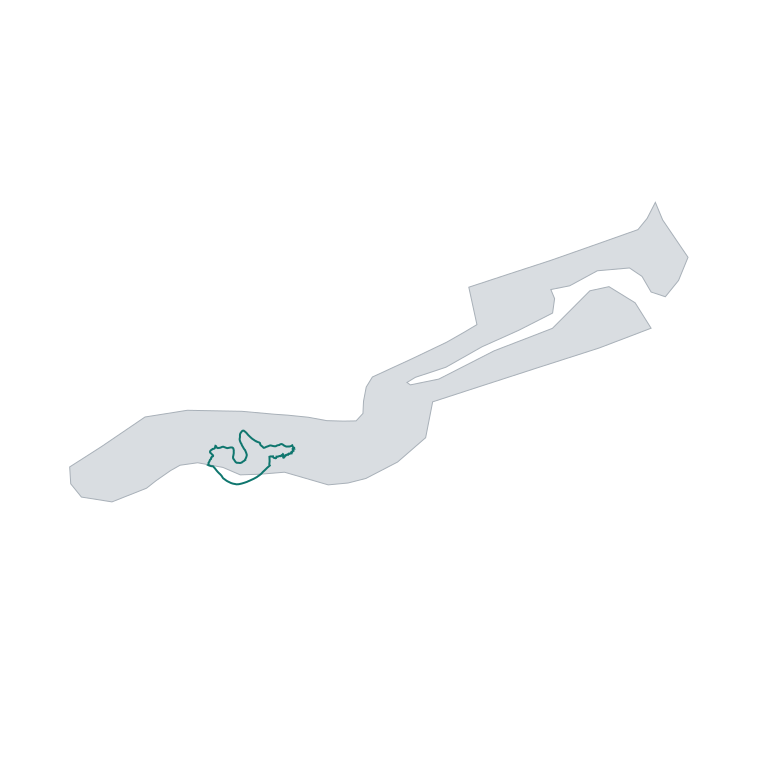 Sami, Central River, Gambia shown in context, rotated 161°
{"feature_id": "56634734B54242206420565", "entity_name": "Sami", "entity_type": "district", "adm_level": 2, "iso_a3": "GMB", "parent_name": "Gambia", "parent_adm1": "Central River", "projection": "orthographic", "projection_center": [-14.663, 13.545], "detail": "fine", "context": "in_parent", "style": "outline", "palette": "teal", "viewbox_px": 768, "rotation_deg": 161, "n_neighbors": 0, "source": "geoboundaries", "source_scale": "gbopen_adm2", "svg_char_len": 6593}
<svg xmlns="http://www.w3.org/2000/svg" viewBox="0 0 768 768"><g transform="rotate(161 384 384)"><path d="M113.3,349.8L168.8,348.0L236.1,349.4L309.3,350.7L343.8,351.3L362.1,319.7L396.6,305.8L431.8,300.6L450.2,302.1L469.6,306.8L506.8,333.0L530.0,338.9L549.5,344.9L563.5,357.6L585.8,370.2L603.3,373.6L613.7,371.7L631.0,366.8L642.4,362.8L679.6,361.1L706.9,375.6L712.7,391.6L708.2,407.9L671.5,416.8L620.7,430.6L578.6,423.2L527.4,404.5L497.5,391.1L485.0,385.8L466.4,377.2L450.1,368.0L434.4,362.1L422.4,358.2L413.5,363.0L409.0,374.3L401.8,386.9L392.7,394.4L349.8,398.7L311.3,403.1L290.6,407.0L276.8,409.9L272.3,447.9L228.6,447.3L185.8,446.6L141.4,446.9L93.6,447.3L81.3,454.9L68.3,467.4L67.1,448.3L55.3,404.8L71.8,386.0L89.6,374.9L101.5,384.0L105.0,401.7L114.1,413.8L145.4,421.6L176.5,416.4L195.5,419.0L194.9,409.2L201.5,396.2L239.2,390.9L279.1,387.3L320.1,379.7L352.1,380.1L361.8,378.0L359.4,374.6L330.6,370.8L269.2,379.5L206.6,381.8L159.0,405.1L139.6,402.8L120.1,379.0L113.3,349.8Z" fill="#d9dde1" stroke="#a8b0b8" stroke-width="1"/><path d="M490.7,355.9L491.0,355.9L491.7,355.6L492.0,355.6L493.0,355.6L493.4,355.7L493.9,355.7L494.9,356.1L495.1,356.1L495.6,356.3L496.2,356.5L496.6,356.6L497.0,356.9L497.3,357.1L497.9,357.7L498.2,358.1L498.7,358.5L498.9,358.9L499.1,359.3L499.4,359.6L499.8,360.1L500.0,360.3L500.4,360.5L500.5,360.6L500.9,360.7L501.2,360.7L501.8,360.7L502.4,360.6L502.9,360.4L503.4,360.5L504.1,360.6L505.2,360.7L505.5,360.6L505.9,360.6L506.4,360.4L507.0,360.5L507.8,360.8L508.3,361.1L508.7,361.2L509.1,361.5L509.6,361.8L510.8,362.6L511.0,362.7L511.5,362.9L512.1,363.0L512.4,363.0L513.6,362.9L515.7,362.9L515.9,362.9L517.3,362.7L517.7,362.7L518.4,362.8L518.6,362.9L518.9,363.4L519.0,363.7L519.3,364.4L519.6,364.9L519.9,365.1L520.0,365.4L520.5,366.4L520.6,366.6L520.7,367.0L520.7,367.4L520.6,367.6L520.5,368.1L520.5,368.3L520.6,368.6L520.6,368.8L520.8,369.0L521.0,369.2L521.1,369.4L521.7,369.8L522.3,370.3L522.6,370.6L522.9,370.8L523.3,371.3L523.5,371.3L523.8,371.8L524.6,372.6L525.4,373.8L526.3,374.9L527.4,376.8L527.7,377.4L528.1,378.1L528.4,378.8L528.7,379.3L529.2,380.4L529.3,380.7L529.5,381.2L529.8,382.1L530.3,383.1L530.5,383.5L530.9,384.2L531.2,384.6L531.8,385.5L532.0,385.5L532.5,385.8L533.1,385.8L533.4,385.7L533.8,385.5L534.0,385.4L534.7,384.9L535.6,384.3L536.2,383.7L536.6,383.1L536.8,382.6L537.1,381.9L537.2,381.5L537.3,381.2L537.4,380.8L538.3,379.2L538.5,378.7L538.6,378.3L538.7,377.5L538.7,376.1L538.6,375.0L538.5,374.2L538.3,373.8L538.3,373.4L538.3,372.5L538.1,371.4L538.0,370.8L537.8,370.2L537.6,368.7L537.3,367.7L536.9,366.8L536.9,366.3L536.8,365.5L536.7,363.6L536.8,361.8L536.9,361.4L537.4,360.6L537.8,360.0L538.1,359.6L539.3,358.3L540.0,357.7L540.0,357.4L540.3,357.4L540.5,357.2L540.8,357.1L541.3,356.9L543.4,356.4L543.9,356.1L544.4,356.1L545.4,356.1L545.9,356.2L547.8,357.1L548.2,357.2L548.5,357.3L548.9,357.6L549.0,357.6L549.2,357.9L549.4,358.1L549.5,358.2L549.6,358.3L549.7,358.6L549.9,359.1L549.9,359.4L550.0,359.7L550.2,360.2L550.4,361.4L550.6,361.7L550.6,361.9L550.8,362.4L550.8,363.1L550.8,363.3L550.7,363.5L550.5,364.0L550.3,364.6L550.0,365.0L549.5,365.8L549.1,366.6L548.9,366.9L548.6,367.5L548.4,368.0L548.2,368.8L547.8,369.7L547.6,370.4L547.6,371.0L547.5,371.4L547.5,372.0L547.5,372.3L547.6,372.6L547.9,373.0L548.1,373.3L548.6,373.5L549.2,373.8L549.9,374.0L551.1,374.1L553.2,374.4L553.4,374.6L554.1,375.1L554.8,375.7L555.8,376.5L556.4,377.0L556.7,377.1L557.3,377.2L558.1,377.2L558.9,377.1L560.1,377.1L561.2,377.4L561.5,377.4L562.0,377.5L562.3,377.8L562.7,378.2L562.8,378.6L563.0,379.0L563.0,379.5L563.1,380.0L563.3,380.2L563.4,380.3L563.5,380.4L563.8,380.0L563.9,379.9L564.0,379.7L564.4,379.1L564.5,378.7L565.3,378.2L565.6,378.2L565.9,378.2L566.1,378.2L566.7,378.3L566.7,378.2L567.3,378.2L567.6,378.1L568.2,378.0L568.4,378.0L569.2,377.7L569.6,377.5L570.1,377.2L570.4,376.9L570.6,376.3L570.6,376.1L570.7,375.9L570.6,375.5L570.1,374.7L569.8,374.2L569.7,373.8L569.6,373.5L569.4,373.1L569.3,372.8L569.2,372.8L569.0,372.5L568.9,372.3L568.9,371.9L569.1,371.5L569.6,371.3L570.0,371.2L570.7,371.1L571.1,370.8L571.6,370.3L571.6,370.0L571.7,369.7L572.0,369.4L572.3,369.3L572.9,369.1L573.2,368.9L573.5,368.7L573.7,368.4L574.2,367.7L574.5,367.4L575.2,366.9L575.6,366.6L575.7,366.4L575.9,365.3L576.0,365.0L576.4,364.8L576.7,364.7L576.3,364.3L575.8,363.8L574.5,362.9L574.2,362.6L573.0,362.1L572.6,361.9L572.2,361.5L572.0,360.7L571.7,360.2L571.2,358.9L570.4,356.5L570.1,355.8L569.8,355.0L569.5,354.4L568.8,352.9L568.4,352.3L568.2,351.8L567.8,350.9L567.6,350.4L567.4,349.8L567.2,348.8L566.8,347.3L566.6,346.9L566.3,346.6L564.3,343.7L563.3,342.6L561.9,341.2L560.9,340.2L559.3,339.0L557.0,337.7L556.7,337.5L556.4,337.3L555.9,337.1L554.6,336.7L553.0,336.4L552.7,336.4L550.9,336.2L548.2,336.1L545.3,336.1L543.7,336.3L542.9,336.3L538.0,336.8L534.5,337.4L533.3,337.8L531.2,338.4L529.8,338.9L528.5,339.5L527.3,340.2L524.4,341.5L521.5,342.9L520.5,343.3L520.4,343.3L520.2,343.4L519.5,343.7L518.5,344.1L518.6,344.8L518.6,345.4L517.3,348.2L516.0,352.5L514.4,352.4L514.0,352.1L513.5,351.8L513.2,351.8L512.6,351.8L512.6,351.2L512.5,350.8L512.4,350.4L512.2,350.1L511.9,349.9L510.7,349.1L510.2,349.1L510.0,349.3L509.6,349.7L509.4,350.1L509.3,350.3L509.1,350.2L508.8,350.0L508.4,349.9L508.0,350.0L507.7,350.0L507.2,349.8L506.8,349.9L506.2,349.9L505.7,349.8L505.3,349.4L504.9,349.4L504.7,349.7L504.5,349.8L504.3,349.5L504.1,349.5L503.9,349.7L503.6,349.8L503.5,350.1L503.4,350.1L503.0,350.2L502.7,350.4L502.4,350.6L502.3,350.4L502.3,350.1L502.7,349.7L502.6,349.4L502.4,349.3L502.4,349.2L502.8,348.8L502.8,348.5L502.9,348.4L503.0,348.5L503.1,348.1L502.9,348.0L502.8,347.8L502.8,347.7L503.1,347.3L503.1,347.1L502.8,347.0L502.6,347.2L502.4,347.2L502.2,347.4L501.7,347.5L501.4,348.0L501.0,348.0L500.7,348.3L500.3,348.8L500.0,348.8L499.9,348.6L499.6,348.4L499.3,348.4L498.8,348.6L498.6,348.7L498.4,348.9L498.2,348.9L498.0,348.5L497.8,348.4L497.7,348.6L497.2,348.7L496.9,348.7L496.9,348.8L497.0,349.0L496.7,349.2L496.4,349.2L496.1,349.0L495.8,348.8L495.6,348.7L495.1,348.8L494.8,348.9L494.7,348.7L494.4,348.6L494.4,349.0L494.3,349.3L494.2,349.4L494.0,349.1L493.5,349.1L493.3,349.1L493.2,349.1L493.1,349.3L493.3,349.5L493.5,349.7L493.5,349.8L493.2,349.9L493.0,350.0L492.8,350.0L492.6,350.0L492.3,350.2L492.2,350.1L491.8,350.2L491.6,350.4L491.3,350.4L491.3,350.6L491.7,350.9L491.7,351.1L491.3,351.2L491.2,351.3L491.3,351.5L491.5,351.6L491.5,352.1L491.4,352.1L491.1,351.8L490.9,352.0L490.4,352.0L490.6,352.3L490.7,352.5L490.0,352.6L489.8,352.7L489.7,352.9L489.8,353.1L490.0,353.3L490.3,353.3L490.5,353.4L490.6,353.9L490.7,355.0L490.7,355.9Z" fill="none" stroke="#0f766e" stroke-width="2"/></g></svg>